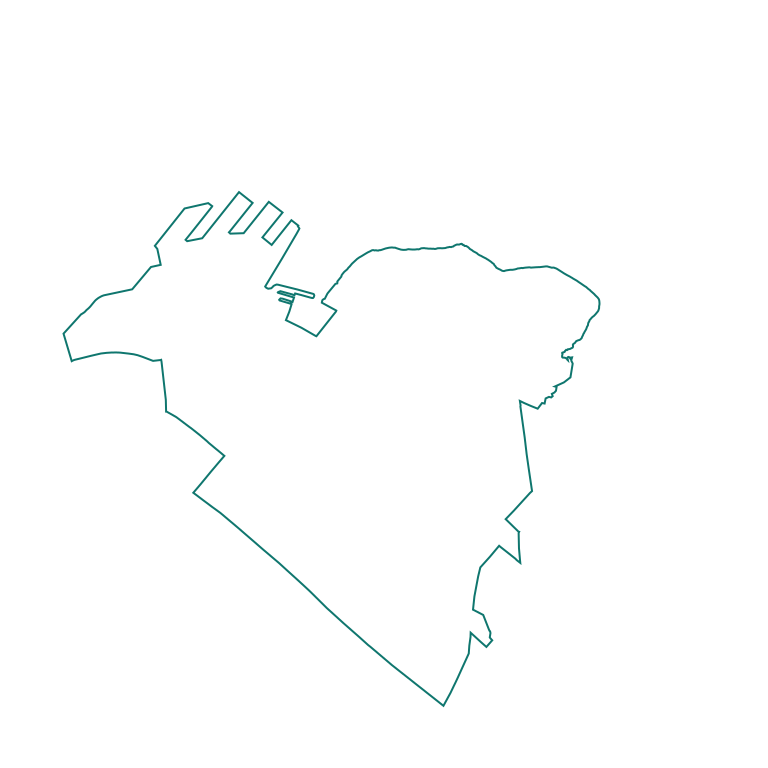 outline of Comuna 1, Ciudad de Buenos Aires, Argentina, rotated 314°
{"feature_id": "61730980B33319795319357", "entity_name": "Comuna 1", "entity_type": "district", "adm_level": 2, "iso_a3": "ARG", "parent_name": "Argentina", "parent_adm1": "Ciudad de Buenos Aires", "projection": "robinson", "projection_center": [-58.363, -34.606], "detail": "fine", "context": "isolated", "style": "outline", "palette": "teal", "viewbox_px": 768, "rotation_deg": 314, "n_neighbors": 0, "source": "geoboundaries", "source_scale": "gbopen_adm2", "svg_char_len": 6142}
<svg xmlns="http://www.w3.org/2000/svg" viewBox="0 0 768 768"><g transform="rotate(314 384 384)"><path d="M324.2,123.2L323.7,127.1L314.6,140.6L306.3,135.1L277.2,137.1L253.2,120.9L251.6,120.1L250.2,119.6L248.9,119.2L247.5,118.8L246.2,118.6L244.8,118.4L243.4,118.3L242.0,118.4L240.6,118.5L239.2,118.6L235.7,118.9L233.9,118.9L232.2,118.8L230.4,118.6L228.7,118.7L227.3,118.6L225.9,118.3L225.0,118.1L223.7,117.7L197.6,118.5L183.5,143.5L184.4,143.8L185.5,144.2L186.3,144.6L187.3,145.2L191.7,148.0L200.5,153.5L205.0,156.4L209.3,159.2L213.7,162.8L217.1,165.9L220.6,169.4L223.2,172.3L228.5,179.2L231.5,183.3L233.6,186.8L235.8,191.5L240.2,201.8L245.9,206.5L246.6,206.9L245.4,208.6L221.0,238.1L213.4,245.8L212.8,246.4L213.1,246.7L215.9,257.6L217.9,273.9L218.2,275.8L219.3,287.1L219.9,296.6L219.9,298.9L220.6,308.5L220.8,310.5L221.4,319.1L212.8,319.6L200.7,320.4L184.3,321.7L173.3,322.4L174.8,334.7L176.2,345.9L177.6,355.8L179.1,378.0L179.7,388.9L181.0,413.0L182.3,433.1L182.4,436.8L182.6,444.3L183.1,459.7L183.4,473.3L183.4,476.4L183.1,498.5L183.4,507.5L183.8,521.1L184.8,542.0L185.2,553.9L185.5,556.8L187.3,585.0L188.2,594.0L193.8,650.3L208.0,646.4L215.2,644.0L218.3,643.0L224.2,641.0L232.9,637.9L249.0,632.2L255.1,627.1L262.2,621.9L265.3,619.1L265.7,633.5L266.0,640.3L274.8,639.9L275.0,637.1L275.2,636.1L278.8,633.6L279.8,632.1L279.7,631.6L280.1,630.4L286.8,615.8L283.5,604.8L294.0,596.6L311.0,585.4L319.0,580.7L333.1,580.2L347.6,579.2L347.7,580.9L349.6,599.9L349.5,601.8L350.0,606.3L351.6,604.4L359.6,595.2L370.3,584.4L371.5,583.9L371.2,583.5L371.3,568.1L371.3,565.4L383.0,565.4L407.1,564.7L409.8,564.9L423.8,546.7L432.5,535.5L443.3,522.3L452.0,511.2L462.6,497.7L463.5,497.1L464.3,496.0L466.2,493.5L467.7,498.1L470.2,504.8L473.0,511.7L480.1,510.9L481.5,513.1L485.9,510.3L489.3,511.6L490.5,513.6L492.4,513.8L493.5,511.6L496.2,512.5L498.6,512.4L502.2,509.9L501.5,509.6L501.0,508.7L510.1,512.3L518.3,513.5L529.7,505.6L530.2,504.5L530.8,502.7L531.7,501.8L532.5,501.5L533.8,500.8L532.9,500.1L532.1,500.1L531.8,500.2L532.1,498.9L531.5,497.8L530.8,497.6L529.7,498.0L529.5,498.8L528.8,499.8L528.8,499.2L529.1,498.0L528.9,496.6L528.3,495.5L527.4,494.5L527.1,494.1L527.2,493.3L528.3,492.3L529.1,491.9L529.7,491.5L530.0,490.6L530.4,490.5L531.6,491.1L532.2,491.5L532.9,491.6L533.3,491.3L535.1,491.3L535.5,492.1L536.0,492.3L536.6,492.1L538.5,493.5L539.2,493.7L540.3,494.1L541.1,494.4L541.9,494.2L542.7,493.6L543.3,492.7L544.2,492.4L546.2,492.8L548.4,492.5L550.5,493.4L551.4,494.0L552.4,494.3L554.4,494.3L555.4,493.8L556.1,493.6L557.4,493.2L559.0,492.5L559.7,492.5L560.7,492.1L562.5,491.7L564.0,491.3L565.1,490.8L566.4,490.2L567.7,490.0L568.6,489.4L569.4,488.8L570.4,488.3L571.1,488.3L572.1,487.9L572.8,487.5L574.1,487.5L575.4,487.4L577.1,487.4L578.7,487.7L579.8,487.7L581.1,487.7L583.5,487.5L584.8,487.4L585.7,487.2L587.9,486.1L589.3,484.8L590.8,483.8L591.7,483.0L593.3,481.2L594.2,479.8L594.4,478.8L594.6,477.7L594.6,476.4L594.6,475.2L594.6,473.7L594.7,473.4L594.7,472.2L594.5,467.8L594.6,466.8L594.3,465.1L594.2,462.0L593.8,460.3L593.0,455.5L592.5,452.8L592.4,451.8L592.2,450.7L591.2,446.8L591.0,445.6L590.7,444.5L590.4,443.1L589.5,440.1L588.6,436.5L588.2,434.4L587.0,428.5L586.6,427.3L586.2,426.5L585.7,425.3L584.9,424.5L584.2,423.9L582.7,421.1L581.9,419.6L581.1,418.8L576.3,414.9L574.7,413.3L573.3,412.0L570.4,409.4L569.8,408.9L569.3,408.0L568.8,407.4L568.0,406.7L567.2,406.0L566.3,405.2L565.3,404.4L564.4,403.7L563.8,403.4L563.6,403.0L563.1,402.4L560.7,400.6L560.1,400.0L558.6,399.3L557.3,398.5L555.4,397.1L553.9,395.5L550.6,393.0L549.4,392.3L548.6,391.9L548.0,391.1L547.5,390.3L547.0,388.2L546.4,386.6L546.0,385.2L545.7,384.0L545.9,383.2L546.1,382.3L546.1,381.3L546.3,380.4L546.5,380.0L546.6,379.3L546.4,378.4L546.3,377.6L546.3,377.1L546.3,376.4L545.9,373.9L545.6,372.2L545.4,371.6L545.2,370.3L544.1,366.8L543.6,364.8L543.0,363.3L542.6,361.3L542.6,359.8L541.5,356.0L541.4,354.5L541.1,353.2L540.8,351.9L540.9,350.7L540.8,349.0L540.3,347.1L539.4,346.3L539.2,345.3L539.4,344.6L538.7,343.9L538.7,343.5L538.9,342.9L538.7,342.4L537.7,341.7L536.8,341.4L535.7,340.4L535.2,339.7L534.3,339.2L533.4,338.9L532.2,338.4L531.8,338.4L531.2,338.4L530.0,337.6L529.1,337.2L528.1,335.9L527.2,335.4L526.2,334.6L524.3,333.6L522.3,331.8L521.7,331.2L520.7,330.0L518.9,328.3L517.4,327.5L516.7,327.0L516.3,326.6L515.6,325.5L514.8,324.8L513.3,323.0L512.8,322.6L511.9,321.5L511.3,320.6L510.7,320.0L510.0,319.0L509.5,318.3L508.7,317.7L508.2,317.1L507.2,316.4L506.0,316.0L504.9,315.4L504.4,314.7L503.8,314.1L503.0,313.5L502.2,312.8L500.8,311.4L499.5,309.9L498.5,308.6L497.9,307.9L496.9,307.2L495.8,306.6L493.7,304.5L492.5,302.9L491.4,300.8L490.2,298.3L489.8,297.3L488.9,296.4L487.7,294.8L485.6,293.0L482.6,291.0L478.7,289.0L477.6,288.3L476.9,287.6L476.0,287.2L475.5,286.6L475.1,286.2L474.7,285.4L474.0,284.8L473.4,284.3L473.1,283.6L472.6,283.0L471.7,282.4L470.0,281.9L467.4,280.9L464.9,280.2L460.2,279.0L457.9,278.3L455.3,277.8L448.3,277.4L444.5,277.7L443.2,277.6L442.3,277.7L440.9,277.9L437.1,277.5L434.5,277.7L432.7,278.0L431.6,278.7L425.5,279.2L425.2,279.3L424.6,280.0L423.9,280.5L422.3,279.5L410.6,280.4L409.7,280.5L404.2,282.2L403.3,281.7L402.0,281.4L401.4,281.5L400.3,282.1L399.3,282.8L403.7,298.7L402.8,299.1L371.4,302.2L371.1,301.5L367.1,285.5L361.8,269.1L370.3,265.6L377.2,262.1L377.2,261.7L371.6,250.9L371.6,250.5L371.8,250.1L373.7,250.1L375.0,251.9L378.8,259.6L378.5,259.8L379.3,261.3L383.7,259.2L376.0,244.4L376.1,244.0L376.6,244.0L378.8,245.0L385.0,256.3L384.9,256.5L385.7,257.9L387.4,257.2L390.4,262.5L395.6,272.1L396.3,273.0L396.6,273.2L397.1,273.2L397.8,273.1L399.2,272.4L399.7,271.5L399.8,271.0L399.6,270.4L392.0,256.4L381.6,238.4L381.2,238.1L380.9,237.6L379.8,237.1L377.8,236.4L376.5,236.5L374.9,236.4L374.4,236.3L373.4,235.5L372.2,234.6L371.8,233.8L371.4,231.9L371.6,230.8L403.0,223.6L431.5,216.7L436.0,215.5L437.1,215.1L437.3,214.1L437.6,212.7L437.7,212.4L438.4,212.3L437.5,203.6L406.0,206.6L405.0,194.7L436.9,191.9L435.0,174.6L395.0,178.3L385.4,169.0L385.4,167.1L386.6,167.1L423.0,163.7L421.3,146.4L362.6,152.0L350.0,143.2L349.9,141.1L359.0,140.3L391.9,137.1L392.6,136.9L392.0,131.9L371.7,118.6L324.2,123.2Z" fill="none" stroke="#0f766e" stroke-width="2"/></g></svg>